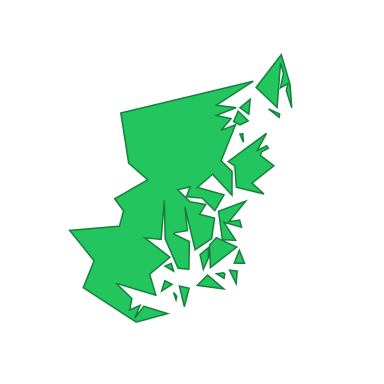 the County of Troms, rotated 155°
{"feature_id": "NOR-900", "entity_name": "Troms", "entity_type": "County", "adm_level": 1, "iso_a3": "NOR", "parent_name": "Norway", "parent_adm1": "", "projection": "albers", "projection_center": [18.955, 69.32], "detail": "medium", "context": "isolated", "style": "filled", "palette": "green", "viewbox_px": 384, "rotation_deg": 155, "n_neighbors": 0, "source": "natural_earth", "source_scale": "10m", "svg_char_len": 1951}
<svg xmlns="http://www.w3.org/2000/svg" viewBox="0 0 384 384"><g transform="rotate(155 192 192)"><path d="M265.0,218.5L227.0,221.8L237.2,244.9L223.1,293.7L89.6,266.5L133.4,260.4L116.3,249.8L137.6,251.1L125.6,242.0L139.5,235.6L124.1,234.6L152.5,207.9L147.0,193.8L157.1,172.2L165.9,199.4L185.2,193.9L164.2,175.9L179.2,165.5L185.3,182.1L199.1,190.1L191.5,197.5L204.1,200.0L197.9,184.0L184.8,174.9L194.5,168.6L182.6,158.8L193.9,141.4L213.6,138.3L204.7,181.7L212.4,158.9L224.3,162.3L226.2,161.6L215.3,148.2L227.5,123.3L236.8,128.7L236.1,160.9L220.6,196.1L240.0,162.1L254.1,170.4L239.5,142.2L265.1,135.4L268.4,113.7L299.4,141.4L291.5,120.8L298.4,111.4L286.9,111.2L297.4,101.8L283.9,108.8L265.5,92.1L297.6,97.7L331.0,151.3L309.8,171.0L319.1,208.9L272.2,191.7L262.0,203.9L265.0,218.5ZM149.8,177.5L142.2,197.5L146.3,204.3L99.7,213.7L115.3,202.1L104.9,202.4L104.2,199.5L112.1,199.0L114.5,196.2L106.7,181.2L133.9,174.7L127.6,159.8L149.8,177.5ZM66.0,226.2L63.7,244.0L59.2,249.7L67.8,249.0L59.1,260.7L57.2,271.6L79.1,232.7L89.7,259.7L53.0,278.8L57.7,247.9L66.0,226.2ZM184.6,135.9L176.1,163.4L147.2,161.0L171.1,149.5L160.7,146.4L161.9,139.2L175.9,151.0L172.9,129.8L184.6,135.9ZM207.3,115.7L198.5,136.5L189.2,140.3L174.7,123.2L207.3,115.7ZM247.4,91.3L243.2,112.1L235.3,106.0L247.4,91.3ZM204.1,90.7L226.7,105.1L213.0,110.2L204.1,90.7ZM214.4,117.1L211.2,131.9L200.7,134.6L204.8,125.5L214.4,117.1ZM111.0,232.7L120.1,232.5L124.6,238.2L116.0,245.8L111.0,232.7ZM81.5,222.9L87.5,234.9L79.6,225.7L81.5,222.9ZM107.6,238.5L112.9,248.1L100.1,251.4L107.6,238.5ZM190.7,90.3L191.0,105.3L184.5,101.3L190.7,90.3ZM173.7,119.2L174.5,105.2L183.8,109.7L173.7,119.2ZM249.1,116.7L261.4,115.1L254.1,123.1L249.1,116.7ZM242.1,128.0L247.7,136.2L241.0,136.0L242.1,128.0ZM124.4,215.4L124.1,224.2L121.3,223.4L124.4,215.4ZM204.3,107.5L197.7,105.5L196.8,103.9L199.5,100.2L204.3,107.5ZM252.1,101.0L251.2,108.7L249.9,103.9L252.1,101.0Z" fill="#22c55e" stroke="#15803d" stroke-width="1.5"/></g></svg>